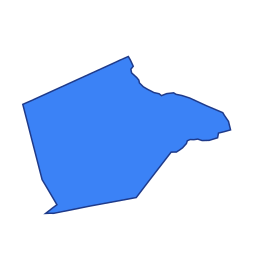 Alagoinha, Pernambuco, Brazil, rotated 257°
{"feature_id": "56859067B2538648753645", "entity_name": "Alagoinha", "entity_type": "district", "adm_level": 2, "iso_a3": "BRA", "parent_name": "Brazil", "parent_adm1": "Pernambuco", "projection": "natural_earth1", "projection_center": [-36.752, -8.511], "detail": "fine", "context": "isolated", "style": "filled", "palette": "blue", "viewbox_px": 256, "rotation_deg": 257, "n_neighbors": 0, "source": "geoboundaries", "source_scale": "gbopen_adm2", "svg_char_len": 823}
<svg xmlns="http://www.w3.org/2000/svg" viewBox="0 0 256 256"><g transform="rotate(257 128 128)"><path d="M121.6,223.8L132.0,209.5L143.3,194.9L147.5,187.9L150.0,182.4L152.0,180.4L152.8,173.4L152.0,167.9L154.4,166.0L156.7,161.2L158.7,158.9L161.1,156.0L164.8,152.1L169.3,149.3L172.2,149.3L175.1,147.9L180.9,143.9L184.6,144.0L187.0,147.0L193.7,145.6L197.6,144.4L195.9,135.3L194.5,128.8L176.3,39.3L175.4,34.4L174.7,30.8L155.7,31.3L141.1,31.6L113.1,32.3L97.0,32.7L88.0,35.6L69.2,41.5L67.0,36.4L63.3,28.5L62.6,32.3L61.6,36.4L60.5,73.4L58.4,120.4L71.7,136.4L94.8,164.6L93.7,169.8L95.0,173.4L96.4,176.7L99.7,181.4L102.2,182.9L102.8,185.9L101.8,189.6L101.5,193.5L99.1,197.4L97.7,204.3L98.3,213.1L102.7,215.0L102.8,221.2L103.1,227.5L111.8,227.4L118.7,224.7L121.6,223.8Z" fill="#3b82f6" stroke="#1e3a8a" stroke-width="1.5"/></g></svg>